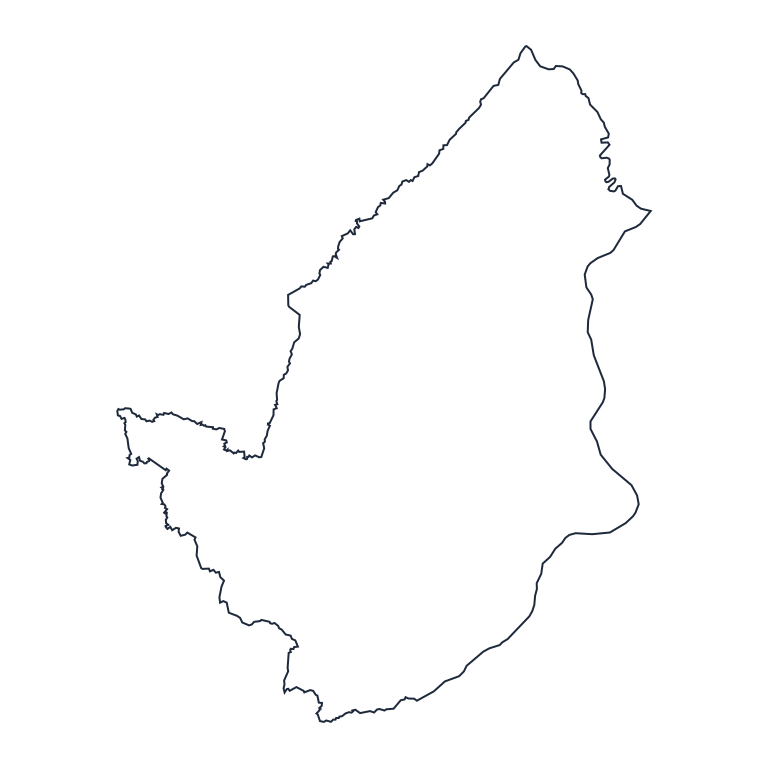 Puerto Berrío, Antioquia, Colombia (orthographic projection)
{"feature_id": "7082276B36153632793263", "entity_name": "Puerto Berrío", "entity_type": "district", "adm_level": 2, "iso_a3": "COL", "parent_name": "Colombia", "parent_adm1": "Antioquia", "projection": "orthographic", "projection_center": [-74.62, 6.504], "detail": "fine", "context": "isolated", "style": "outline", "palette": "slate", "viewbox_px": 768, "rotation_deg": 0, "n_neighbors": 0, "source": "geoboundaries", "source_scale": "gbopen_adm2", "svg_char_len": 6100}
<svg xmlns="http://www.w3.org/2000/svg" viewBox="0 0 768 768"><path d="M380.8,202.9L380.3,205.5L378.0,207.1L375.7,212.1L377.3,214.3L373.9,215.5L372.3,218.3L359.8,221.3L359.4,218.7L356.0,220.0L355.7,221.0L357.1,221.4L357.0,223.4L359.3,226.6L358.4,228.0L356.2,226.9L354.3,229.3L355.0,234.1L353.2,234.3L350.2,230.3L347.8,233.4L341.8,236.1L342.7,238.4L339.7,241.9L338.2,246.3L338.0,248.8L339.0,249.8L336.2,252.4L335.7,254.0L337.1,257.9L334.1,256.1L332.8,256.4L331.7,261.1L330.4,261.7L330.8,263.5L327.7,263.5L328.6,264.5L327.7,267.9L323.5,266.8L320.0,270.1L319.4,273.6L320.3,274.9L317.9,279.6L315.7,281.2L313.1,280.6L311.2,283.2L306.2,284.9L304.8,286.7L301.3,286.4L299.7,288.4L288.1,294.9L288.3,305.4L289.3,307.0L299.7,314.9L298.8,327.0L300.1,334.2L298.7,338.5L294.2,342.3L292.3,348.7L290.6,351.2L291.9,354.3L289.5,358.8L289.0,361.7L290.0,363.4L287.4,366.8L288.0,370.3L286.2,373.5L283.8,374.8L283.7,378.2L279.6,380.8L278.6,383.0L276.6,393.3L277.1,399.9L276.3,401.1L277.3,404.3L275.1,404.8L276.7,408.2L273.6,409.4L273.5,415.2L269.7,423.1L268.0,423.4L267.9,424.6L269.9,425.7L267.6,430.9L266.8,435.7L264.7,439.4L264.9,441.7L263.1,443.2L264.2,448.3L261.3,457.0L259.2,457.3L255.2,455.4L252.0,457.4L249.3,455.5L248.3,457.0L247.2,456.9L247.1,458.9L246.0,459.3L243.4,458.0L244.6,457.2L244.1,451.6L239.2,451.9L238.2,450.6L236.1,453.0L234.2,452.6L233.7,453.4L229.9,450.3L227.3,451.0L227.5,449.5L226.2,450.5L224.0,449.5L225.4,447.2L223.9,446.4L225.0,445.7L224.3,443.6L226.8,442.4L226.2,440.4L222.0,439.5L224.9,431.2L224.2,428.9L219.2,428.0L216.4,429.4L212.8,428.7L213.0,427.2L206.3,426.6L205.3,425.2L204.1,425.8L202.5,424.6L200.7,425.0L201.4,422.1L197.2,424.0L194.1,421.1L192.1,421.1L187.7,418.4L183.7,419.3L177.5,415.7L172.8,414.2L171.5,412.5L168.5,414.0L164.1,413.0L163.4,414.8L159.7,414.2L157.9,415.1L156.8,414.4L157.6,417.0L155.1,417.6L153.4,419.8L154.2,421.1L152.2,421.8L149.4,420.6L146.5,421.3L145.2,419.4L141.4,419.0L139.1,415.5L136.8,416.6L135.9,414.5L132.1,412.7L130.7,409.0L129.6,408.6L125.1,408.2L123.8,409.3L119.7,409.7L118.4,409.0L117.3,411.0L117.9,415.4L120.0,416.0L121.6,418.9L124.5,417.9L125.3,419.6L125.7,422.0L124.4,423.2L125.3,424.9L124.9,430.4L126.4,431.9L125.2,433.9L127.4,438.4L128.7,448.1L131.2,453.9L129.6,455.0L129.3,457.6L127.6,458.0L130.3,460.0L129.2,464.4L132.1,465.5L137.4,464.8L137.8,461.1L136.6,458.7L139.0,457.1L140.1,460.8L142.8,461.7L144.4,463.4L146.4,463.2L146.9,462.0L149.2,461.0L149.5,459.9L148.3,458.7L148.8,458.3L165.7,470.2L166.5,468.7L169.1,470.6L166.9,473.6L167.1,474.9L162.5,478.7L161.7,483.2L163.2,486.4L161.6,487.4L163.0,488.1L162.2,489.1L163.3,490.0L161.1,493.3L160.5,497.7L162.7,502.6L161.7,504.0L164.4,504.4L165.5,506.3L165.0,508.0L167.1,509.1L164.1,512.7L165.0,513.4L165.9,512.1L166.8,512.6L166.4,516.2L167.3,517.5L165.8,519.8L166.1,523.0L168.3,524.9L165.6,525.9L165.6,526.7L167.4,528.9L170.3,526.9L172.2,530.2L176.0,527.8L179.0,528.5L178.6,531.8L180.7,535.8L185.2,534.7L187.3,532.6L195.5,537.4L194.5,539.7L197.3,546.4L196.6,555.6L201.2,568.1L202.5,568.9L208.9,568.6L210.0,571.4L213.4,569.8L215.9,572.7L219.0,571.9L220.3,577.1L224.0,580.6L221.5,586.7L219.4,597.3L220.1,602.7L223.2,601.1L226.7,602.6L228.8,612.7L237.1,615.9L240.1,617.9L242.3,622.5L249.1,625.4L251.7,624.5L254.2,621.8L260.1,621.1L261.4,619.9L269.6,621.8L270.1,623.2L272.1,623.8L274.5,623.0L278.2,625.9L279.1,628.3L281.6,629.5L285.7,634.5L290.6,635.6L291.9,638.9L295.3,640.4L297.9,646.6L294.1,647.1L293.5,649.0L290.8,648.8L290.2,649.9L290.8,652.1L288.7,652.8L287.6,668.1L288.2,671.2L284.1,680.5L284.5,684.4L283.6,688.4L284.6,692.5L286.9,689.0L288.3,688.8L289.7,690.8L296.4,687.1L303.7,690.9L304.3,692.4L310.2,690.1L313.2,690.9L315.7,694.8L317.4,695.6L318.8,702.6L322.0,703.0L321.7,705.9L320.0,707.4L320.4,708.4L319.4,708.2L319.6,710.2L316.5,713.5L317.7,714.4L320.0,721.1L323.9,721.9L326.2,720.5L331.0,721.8L333.2,719.6L335.5,719.6L336.1,718.0L338.8,718.0L339.4,716.6L342.0,716.2L345.6,713.4L348.9,712.2L351.5,712.6L353.1,711.4L352.4,710.5L355.3,709.7L360.1,713.1L370.0,711.1L374.1,712.5L376.9,709.6L379.4,709.0L384.5,710.5L386.3,709.3L393.6,708.7L400.7,700.3L404.6,699.4L405.6,697.2L408.3,698.5L414.2,698.7L416.9,700.7L433.9,691.3L444.9,681.4L459.1,676.2L463.9,671.4L466.6,665.8L483.2,651.7L489.4,648.3L499.6,645.1L502.3,642.3L507.6,639.1L529.3,616.4L532.2,611.3L534.3,605.0L535.1,595.7L536.9,589.1L536.7,583.2L541.2,573.9L542.7,563.6L550.1,556.9L555.3,548.7L562.1,542.8L565.3,538.0L569.4,534.9L575.6,533.2L592.2,534.2L609.9,532.5L625.7,523.1L633.0,516.3L635.5,512.6L638.7,504.3L637.1,495.5L631.5,485.2L612.2,468.9L600.7,454.7L597.0,441.6L590.5,428.9L590.5,421.4L602.8,402.3L604.4,398.0L605.1,389.1L603.9,381.3L593.8,355.3L591.2,339.6L587.7,332.2L588.2,319.9L592.8,299.3L591.2,294.5L586.4,287.4L584.7,274.6L587.6,266.5L590.4,263.2L597.6,258.1L610.3,252.9L613.5,250.1L624.9,231.4L635.8,227.0L640.1,224.1L650.7,211.0L641.0,208.7L636.6,205.7L632.3,199.8L622.9,193.8L621.0,186.0L618.0,186.2L615.4,190.6L613.9,191.4L610.2,190.9L608.4,189.3L609.3,186.8L614.4,182.4L615.6,179.4L614.9,178.4L612.9,178.5L608.5,181.8L606.5,182.2L605.4,181.3L605.1,179.6L608.9,176.6L609.4,174.9L607.8,168.1L609.6,164.5L609.7,159.8L609.0,158.6L606.5,157.7L601.8,158.3L600.3,157.2L599.9,155.5L609.5,144.8L607.8,142.4L601.6,142.7L601.0,139.4L608.1,137.4L608.8,133.7L604.8,126.8L603.8,122.6L600.8,119.3L597.5,112.1L590.1,104.6L588.4,98.0L585.7,96.0L585.2,94.1L582.5,94.1L581.2,93.0L581.5,90.8L578.2,83.9L577.7,80.5L573.3,73.3L569.7,69.4L562.6,66.4L555.9,66.0L553.7,69.0L548.6,69.3L540.2,66.3L535.4,59.9L531.1,49.8L526.5,46.1L525.3,46.5L520.5,53.2L518.4,59.8L513.8,62.4L499.9,78.9L498.3,84.9L493.5,85.9L483.6,98.3L481.1,99.2L480.2,101.6L481.0,104.7L479.1,107.9L469.1,117.6L468.5,119.9L465.9,120.9L465.5,122.8L459.3,128.7L456.3,132.2L456.0,133.9L449.7,139.7L447.0,145.1L443.4,145.3L443.3,148.9L439.5,150.3L439.1,153.7L432.3,163.4L429.9,165.4L427.5,164.2L427.2,166.5L422.7,170.6L419.0,172.1L418.2,176.0L414.4,177.2L412.6,181.0L410.8,180.1L409.0,181.8L406.2,180.1L402.4,181.5L401.5,184.5L399.3,186.0L397.3,190.3L393.2,192.7L388.8,198.1L383.2,199.7L385.0,201.7L385.1,203.5L380.8,202.9Z" fill="none" stroke="#1e293b" stroke-width="2"/></svg>